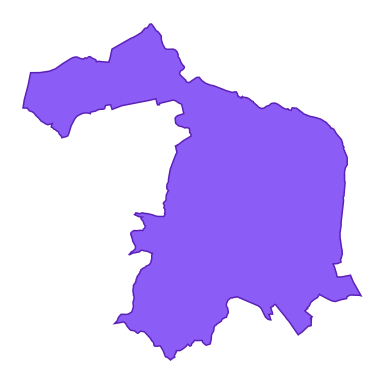 outline of Caransebes, Caras-Severin, Romania
{"feature_id": "2599482B93861617643410", "entity_name": "Caransebes", "entity_type": "district", "adm_level": 2, "iso_a3": "ROU", "parent_name": "Romania", "parent_adm1": "Caras-Severin", "projection": "albers", "projection_center": [22.203, 45.422], "detail": "fine", "context": "isolated", "style": "filled", "palette": "violet", "viewbox_px": 384, "rotation_deg": 0, "n_neighbors": 0, "source": "geoboundaries", "source_scale": "gbopen_adm2", "svg_char_len": 5971}
<svg xmlns="http://www.w3.org/2000/svg" viewBox="0 0 384 384"><path d="M347.2,164.8L347.2,158.0L346.9,156.6L343.6,148.8L343.4,148.2L344.0,147.4L342.7,144.9L342.5,144.0L342.6,143.1L341.4,139.6L336.3,133.6L333.8,129.2L332.3,128.6L331.9,128.1L331.0,128.2L330.0,126.4L326.7,123.2L326.6,122.7L320.5,119.0L314.7,117.3L310.2,116.4L304.2,114.1L296.6,108.2L292.2,107.8L291.1,110.4L288.4,109.7L287.9,109.3L288.1,108.9L287.9,108.8L285.8,109.2L282.7,107.7L278.1,104.4L275.8,103.3L274.1,103.0L271.3,103.5L269.1,105.4L266.6,106.2L263.9,108.1L261.3,108.5L258.3,107.0L257.2,105.6L253.7,102.7L253.3,101.6L252.1,101.2L248.8,98.6L246.7,97.6L246.5,97.8L242.8,97.0L242.4,96.4L242.0,96.7L242.0,97.4L241.5,98.3L240.7,97.4L238.2,96.6L238.2,95.7L237.5,95.0L237.6,94.1L236.3,91.9L234.4,91.9L233.7,92.5L233.2,92.2L231.7,92.3L226.1,90.6L213.6,85.7L210.7,85.2L205.9,83.4L201.9,80.6L199.2,77.3L196.7,77.4L189.1,82.6L186.5,82.0L185.8,80.3L180.4,75.1L179.7,73.9L179.6,73.4L180.1,71.7L180.8,70.8L182.6,69.8L184.1,68.2L184.4,66.9L182.2,64.3L180.5,61.4L180.2,60.1L178.9,57.6L178.2,56.9L178.0,56.1L178.2,54.8L177.2,52.0L175.5,50.1L173.2,49.1L168.0,49.3L165.9,49.0L165.1,48.5L162.9,44.7L161.7,41.0L161.3,38.9L161.3,36.0L158.2,31.9L155.9,30.4L154.2,27.5L151.5,24.0L149.8,24.2L147.2,28.0L145.9,28.0L144.3,28.8L143.9,29.8L142.4,31.2L141.7,32.4L136.3,35.7L133.0,37.5L130.9,38.3L112.0,49.1L109.9,58.8L109.0,61.1L108.9,62.2L101.2,61.7L99.8,61.3L97.9,61.4L96.9,61.8L96.1,61.3L96.1,60.5L95.7,59.7L91.7,57.9L90.2,56.6L88.5,56.9L86.8,58.4L85.5,57.9L84.6,58.0L83.7,59.2L80.1,58.4L77.0,57.0L75.4,57.0L72.9,57.6L70.5,58.8L62.8,63.6L55.4,68.8L49.4,71.2L39.9,72.6L30.6,72.7L28.2,84.9L24.3,99.7L23.0,108.0L27.3,108.1L29.2,110.7L32.2,111.8L33.9,112.9L36.2,115.9L38.3,117.7L41.2,121.1L46.1,124.1L47.7,124.7L51.0,124.0L52.3,123.5L51.2,126.7L51.3,127.1L52.9,127.9L54.1,129.2L55.2,129.5L56.5,130.8L58.4,131.7L59.2,133.9L61.6,136.6L61.8,137.7L66.3,136.6L67.7,135.9L68.7,133.9L71.1,126.0L71.7,124.7L74.9,118.7L76.6,116.6L77.8,115.7L82.2,113.5L84.0,113.0L88.2,113.0L90.3,113.7L90.7,112.1L91.1,112.0L95.2,111.2L98.7,109.5L103.7,109.1L104.6,108.6L105.4,105.8L106.2,105.3L110.6,104.7L112.1,109.4L122.1,105.6L149.5,100.3L155.9,98.8L157.2,104.1L157.8,105.0L159.5,104.7L159.5,103.4L173.0,100.1L175.2,100.6L179.3,103.3L180.8,103.7L181.8,104.8L183.8,113.7L177.7,115.6L176.2,116.7L175.1,118.2L175.7,123.3L178.5,125.8L182.7,126.9L184.6,127.9L187.4,127.6L189.4,128.5L189.7,132.4L191.0,134.5L191.0,136.1L183.3,140.7L179.1,144.0L176.8,145.3L177.9,145.3L175.5,146.1L177.0,152.7L176.2,153.7L174.5,157.8L170.2,169.3L168.4,179.6L168.5,181.9L167.6,183.0L167.0,184.8L166.7,187.7L167.3,189.5L168.2,190.1L168.5,190.8L167.7,191.6L166.9,193.9L166.4,194.5L166.0,198.3L166.2,199.1L165.9,200.0L165.4,201.0L163.8,202.4L163.4,203.0L163.4,203.7L164.5,205.9L163.8,207.8L164.7,208.8L164.9,209.8L165.0,212.3L164.5,213.5L165.1,214.1L164.0,216.4L159.5,216.5L156.3,216.2L152.1,214.7L146.7,213.5L145.3,213.6L143.7,213.0L143.1,213.2L142.4,212.8L139.7,213.7L135.9,212.8L135.7,213.5L134.5,214.6L138.7,216.6L142.0,217.1L140.9,217.6L141.2,219.1L143.0,221.0L144.1,224.2L145.3,226.2L144.8,227.8L143.4,229.2L142.6,230.6L140.2,230.3L136.1,230.8L134.6,230.4L132.5,231.4L131.1,232.7L130.7,233.6L130.9,234.9L131.6,235.8L131.4,236.3L132.3,238.6L132.7,241.1L135.5,246.3L135.5,247.0L135.3,248.6L135.1,249.0L132.9,251.1L131.0,252.1L130.2,253.5L129.1,254.4L129.3,254.7L130.0,254.6L132.5,253.2L138.9,252.0L140.0,251.5L140.7,250.4L142.3,250.2L144.0,250.9L146.3,251.1L148.6,251.8L151.7,253.4L152.3,253.3L151.7,255.3L151.8,258.3L150.7,262.7L149.2,264.8L146.4,266.0L144.6,267.7L143.3,268.1L140.9,269.8L140.8,270.7L139.9,272.0L139.8,273.2L138.6,274.3L138.6,274.7L137.1,276.6L137.3,277.3L136.7,278.1L136.1,279.7L136.0,281.1L135.4,282.0L135.7,282.6L135.5,283.0L134.5,283.7L133.3,285.6L133.5,286.5L132.9,290.6L133.4,293.8L133.4,295.2L134.0,296.1L134.1,298.2L133.0,302.4L133.4,307.0L131.8,311.9L128.4,314.0L126.6,314.4L121.2,314.3L119.0,316.6L117.8,318.9L117.3,320.7L114.6,323.5L121.4,322.4L123.3,321.8L125.5,323.3L127.2,326.4L129.7,329.4L130.7,330.2L134.6,330.9L137.3,333.2L138.1,333.2L140.1,331.5L141.4,331.2L144.5,331.9L150.5,338.5L151.6,340.5L153.0,341.9L153.7,343.2L153.9,344.9L154.4,346.0L156.5,346.3L159.3,345.9L160.4,346.1L163.2,350.8L165.3,356.4L166.1,357.1L167.5,357.4L170.6,360.0L172.7,358.2L174.7,357.3L174.4,355.5L176.2,352.2L176.3,350.7L180.0,350.6L182.0,349.5L185.9,346.6L187.6,344.3L188.2,344.5L189.5,346.0L190.3,346.0L191.4,345.4L191.7,343.6L193.6,341.9L194.6,340.3L196.8,340.6L202.3,340.5L202.6,342.2L205.6,345.0L206.4,345.1L210.0,344.1L210.6,342.6L210.7,341.5L211.2,339.5L211.5,335.2L212.0,333.7L213.4,331.5L213.9,329.5L214.0,327.5L214.4,326.5L214.9,325.8L216.1,325.1L216.8,324.1L221.2,321.3L222.0,319.5L222.6,319.0L224.7,317.7L226.4,317.3L227.0,315.3L228.2,312.8L228.3,311.9L227.6,307.9L226.7,306.7L226.4,305.6L226.4,303.9L227.8,300.4L230.8,297.9L232.6,297.9L234.5,297.1L235.7,297.4L236.7,296.6L258.0,305.7L259.5,306.7L261.3,308.6L265.6,317.3L265.9,317.3L267.8,319.2L269.8,319.8L270.9,319.8L270.5,319.1L269.6,315.7L268.7,314.8L270.3,314.0L272.5,314.2L272.5,312.9L270.6,307.4L273.0,306.4L273.6,305.3L274.8,304.4L276.3,305.3L276.4,305.8L285.7,317.2L286.6,318.7L288.8,321.1L298.2,334.8L302.2,331.9L308.3,326.2L309.1,325.8L310.2,326.0L311.2,325.5L311.1,324.6L311.4,318.9L310.8,319.0L310.4,318.3L312.2,316.8L304.8,310.9L307.7,308.4L307.2,307.8L309.2,306.0L310.5,303.2L310.6,302.5L314.7,299.1L317.4,297.6L319.5,294.3L320.3,295.0L328.3,299.2L332.2,301.0L335.4,301.5L341.0,299.7L346.5,298.6L347.2,296.6L350.2,295.0L359.5,295.3L361.0,295.7L353.1,281.6L350.5,275.2L341.2,277.0L337.1,276.9L336.5,273.7L334.5,267.1L333.1,263.9L337.5,263.6L341.0,262.1L340.5,259.3L341.0,258.8L342.4,253.5L341.9,252.2L342.3,251.2L341.6,248.3L340.3,239.0L340.1,238.9L340.0,232.9L341.1,225.5L341.1,222.3L343.5,201.3L343.5,199.5L343.0,197.2L343.7,196.7L343.9,196.3L345.0,183.7L345.1,181.9L344.6,181.5L344.5,172.6L344.8,170.3L345.5,167.5L347.2,164.8Z" fill="#8b5cf6" stroke="#5b21b6" stroke-width="1.5"/></svg>